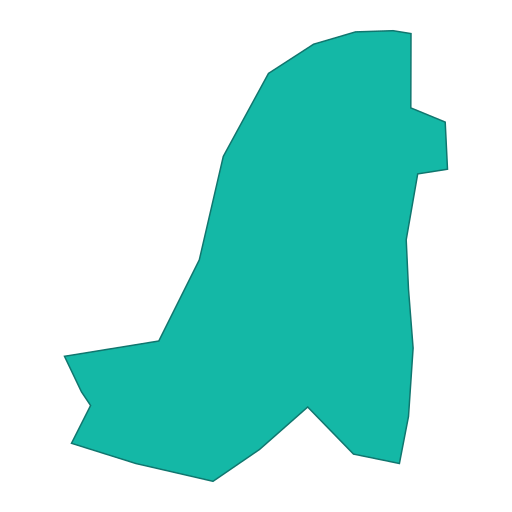 map outline of Saint David (orthographic projection)
{"feature_id": "VCT-5066", "entity_name": "Saint David", "entity_type": "Parish", "adm_level": 1, "iso_a3": "VCT", "parent_name": "Saint Vincent and the Grenadines", "parent_adm1": "", "projection": "orthographic", "projection_center": [-61.207, 13.318], "detail": "fine", "context": "isolated", "style": "filled", "palette": "teal", "viewbox_px": 512, "rotation_deg": 0, "n_neighbors": 0, "source": "natural_earth", "source_scale": "10m", "svg_char_len": 446}
<svg xmlns="http://www.w3.org/2000/svg" viewBox="0 0 512 512"><path d="M71.5,443.3L90.6,405.5L81.5,391.9L64.5,356.3L158.8,341.0L199.3,259.9L223.3,156.4L268.5,73.4L313.6,44.2L355.5,31.9L393.1,30.7L411.0,33.6L410.8,107.9L445.2,122.1L447.5,169.2L417.7,173.9L406.2,239.8L408.5,289.3L413.1,348.1L408.5,416.4L399.4,463.5L353.5,454.1L307.7,407.0L259.6,449.4L213.0,481.3L135.8,463.5L71.5,443.3Z" fill="#14b8a6" stroke="#0f766e" stroke-width="1.5"/></svg>